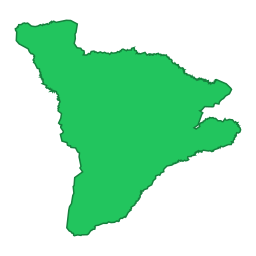 Chum Ta Bong, Nakhon Sawan, Thailand
{"feature_id": "78962969B50351990269412", "entity_name": "Chum Ta Bong", "entity_type": "district", "adm_level": 2, "iso_a3": "THA", "parent_name": "Thailand", "parent_adm1": "Nakhon Sawan", "projection": "mercator", "projection_center": [99.574, 15.665], "detail": "fine", "context": "isolated", "style": "filled", "palette": "green", "viewbox_px": 256, "rotation_deg": 0, "n_neighbors": 0, "source": "geoboundaries", "source_scale": "gbopen_adm2", "svg_char_len": 5700}
<svg xmlns="http://www.w3.org/2000/svg" viewBox="0 0 256 256"><path d="M190.0,75.2L186.8,74.7L186.9,73.9L186.4,73.6L184.5,73.6L183.9,72.4L184.4,72.1L183.9,71.5L184.4,71.5L183.9,70.5L184.6,69.9L183.3,69.8L182.9,69.1L183.5,69.4L183.4,68.5L182.6,67.9L180.5,68.1L179.4,67.0L178.9,67.5L178.5,65.6L178.2,66.0L177.5,65.4L177.7,64.7L176.1,64.7L174.9,63.1L174.7,63.7L173.2,63.4L171.6,61.3L172.0,60.3L170.9,59.3L169.6,59.2L169.3,58.3L168.8,58.5L168.7,57.8L168.1,57.6L168.5,57.2L166.9,56.6L166.4,55.0L164.5,55.3L163.9,54.8L163.1,55.5L162.0,54.8L161.1,55.5L160.7,54.3L158.9,54.4L158.4,53.4L156.5,53.8L156.2,54.5L154.4,53.9L153.6,54.0L153.4,54.8L152.4,54.4L152.3,54.9L151.0,54.2L150.9,54.7L149.6,55.1L149.6,54.0L149.1,53.9L147.0,55.1L145.0,52.4L140.3,53.9L139.1,53.4L138.8,53.9L137.2,53.5L137.3,52.8L136.6,53.1L136.9,52.6L136.2,50.7L134.6,50.4L134.3,48.5L133.5,48.1L133.8,47.7L131.6,48.4L131.3,50.0L127.5,50.2L127.3,49.8L126.4,50.7L123.0,49.1L121.7,49.6L121.0,50.9L120.3,50.7L119.5,52.1L117.6,51.6L116.5,52.7L112.8,53.2L111.4,52.5L109.7,54.4L108.5,53.3L106.4,53.3L104.6,52.3L102.6,53.0L100.3,51.9L97.7,53.0L96.1,52.0L94.8,52.1L94.8,51.5L93.9,51.1L91.2,51.5L90.0,54.0L88.7,53.5L86.6,55.1L83.3,54.8L84.3,53.2L84.0,50.9L81.8,50.0L80.8,48.3L77.1,47.8L74.2,43.5L75.3,38.7L75.0,34.1L76.0,32.3L77.3,24.0L70.7,20.5L66.3,20.3L56.1,22.4L53.7,21.2L51.6,22.6L51.5,21.5L49.5,22.9L49.6,23.5L49.0,24.0L47.8,24.4L47.3,23.7L44.1,24.8L43.1,24.3L42.5,25.5L40.4,24.7L37.7,26.1L35.2,26.6L31.4,26.1L27.7,23.1L25.5,23.5L24.7,23.0L22.9,23.3L21.3,24.6L18.7,24.7L18.1,27.0L17.5,26.8L16.6,28.4L15.4,28.6L15.5,30.0L16.7,32.0L16.3,40.6L19.1,43.9L28.2,48.8L29.4,51.7L31.2,53.8L32.3,53.6L34.4,55.6L34.5,56.4L33.9,56.6L34.3,57.9L33.1,60.0L34.2,60.9L33.6,62.4L34.9,63.4L37.3,68.3L39.4,68.9L39.7,71.9L40.5,72.1L40.7,73.1L40.1,74.1L40.9,74.6L40.3,75.2L41.1,75.2L41.2,76.4L40.4,76.9L41.3,77.0L41.1,77.5L42.4,78.5L41.8,78.9L42.7,79.4L42.4,79.8L43.1,80.0L42.9,81.4L43.5,82.9L42.3,83.6L46.7,85.5L45.9,87.2L47.0,88.2L47.9,87.8L49.5,89.4L50.2,88.6L50.7,89.5L51.7,89.3L52.0,90.3L50.8,91.2L52.4,91.0L52.8,92.0L53.7,90.6L54.6,91.0L54.8,91.9L55.3,91.2L56.4,91.6L57.0,93.9L58.1,94.5L58.5,95.9L57.6,96.8L59.0,97.9L57.3,99.0L58.2,100.3L59.4,99.7L60.0,101.8L59.0,103.8L59.2,104.9L58.1,106.1L58.1,106.9L59.0,107.4L58.0,108.7L58.4,109.4L58.1,110.8L61.5,113.6L60.8,118.3L58.6,123.1L60.3,124.7L61.6,124.7L61.6,125.9L60.8,126.4L60.7,127.5L63.1,131.0L63.3,132.1L62.3,133.4L60.4,134.3L62.0,141.1L67.0,142.6L67.5,145.2L69.3,146.0L70.5,145.8L70.9,147.4L75.6,147.9L77.7,151.9L79.5,153.0L79.1,156.9L81.0,166.3L80.0,168.0L82.6,171.9L74.7,177.6L74.1,185.6L73.2,186.5L73.9,193.2L72.8,195.5L71.5,203.7L69.5,206.8L68.8,210.2L66.8,227.8L69.2,230.9L71.2,231.9L71.8,233.0L73.4,233.4L73.7,235.3L74.3,235.7L77.7,234.9L81.0,235.4L81.7,234.8L87.2,234.7L88.5,233.9L90.7,230.6L91.8,230.4L92.3,229.5L94.8,229.1L95.1,227.4L94.6,226.8L95.7,225.6L98.4,225.2L103.2,223.3L106.9,223.3L108.6,221.9L111.1,222.6L114.4,222.3L117.0,220.9L118.2,221.5L119.2,221.0L119.4,219.4L120.9,218.2L122.2,218.4L124.5,216.8L125.0,217.2L125.4,216.6L125.8,216.9L128.2,212.4L130.3,210.5L130.1,210.0L130.9,210.0L130.7,209.4L131.4,208.7L131.1,207.3L134.8,204.8L135.2,203.3L135.9,203.2L136.2,201.2L137.5,201.0L139.1,199.0L138.7,198.4L139.8,197.8L140.2,196.8L139.9,195.4L141.2,194.0L140.8,193.2L141.6,193.1L140.9,192.0L141.8,191.9L141.5,191.3L141.9,191.5L142.2,190.8L143.3,191.0L144.1,189.6L147.3,188.6L148.0,186.7L151.7,184.8L153.3,180.6L155.6,178.6L155.6,176.4L156.1,175.7L158.8,174.8L159.8,175.2L160.9,172.9L163.8,171.7L163.5,170.0L164.2,168.7L167.1,165.9L171.6,165.1L173.0,164.4L173.2,163.4L174.5,163.6L175.2,162.8L175.5,163.3L177.1,162.6L177.8,161.3L178.6,161.8L178.8,160.3L180.1,160.8L180.8,160.3L180.9,161.1L182.2,160.7L182.9,161.2L184.7,160.2L185.6,160.8L187.4,160.4L188.7,159.6L187.6,158.1L187.9,156.6L191.1,156.5L191.4,155.8L194.2,155.2L194.1,154.7L194.8,154.8L194.3,154.3L195.2,154.7L195.1,153.5L196.0,152.9L195.4,152.4L197.8,151.1L197.6,151.8L198.6,151.2L198.8,152.1L199.7,151.0L200.6,151.0L200.4,151.5L201.4,152.1L202.0,151.9L202.0,151.0L203.3,150.2L208.7,151.0L210.0,150.6L211.8,151.6L212.7,151.3L212.6,150.6L213.5,150.9L214.1,149.7L218.2,148.4L218.2,147.5L219.6,147.3L220.0,147.9L220.8,146.3L223.0,146.8L228.2,144.6L231.2,144.5L232.0,142.6L232.8,142.5L232.0,141.8L233.0,141.8L233.7,139.5L234.5,139.1L234.2,138.0L235.5,136.7L235.1,135.5L236.2,135.6L236.0,134.9L236.7,132.7L238.3,133.0L239.9,132.0L240.6,129.8L240.0,127.8L238.3,126.4L238.9,126.0L238.0,125.8L238.3,124.7L236.8,124.2L237.7,122.7L236.5,122.9L235.6,121.8L234.7,122.6L232.5,119.9L229.2,119.4L226.9,120.3L225.5,119.8L225.0,118.8L223.1,121.6L222.1,121.7L220.8,120.7L218.0,120.8L215.6,118.4L213.8,118.4L213.0,117.6L211.3,117.9L209.6,117.5L209.1,118.5L207.8,118.5L207.3,119.3L205.7,118.9L204.9,120.7L203.3,121.2L202.8,122.5L201.3,122.6L200.3,123.3L199.3,124.8L199.8,126.5L196.1,129.0L194.0,127.8L198.0,124.9L201.8,114.3L202.8,112.9L199.8,110.8L201.5,110.2L204.7,106.6L213.0,106.8L213.8,106.1L214.0,104.4L215.3,103.3L218.9,104.0L219.6,101.6L221.7,99.5L223.5,98.5L225.5,96.0L229.4,93.8L231.5,89.5L230.7,88.2L226.3,83.9L216.4,79.6L215.6,79.7L216.0,80.4L215.4,80.7L215.0,80.2L215.2,81.0L214.4,81.0L214.2,81.7L214.9,82.0L214.1,83.3L211.7,82.4L212.5,83.2L211.6,83.1L211.0,83.8L210.9,83.3L210.0,83.4L210.1,82.8L208.8,83.4L209.0,82.6L208.1,82.8L208.5,82.5L207.8,82.0L208.2,81.9L208.3,80.6L205.6,81.2L205.8,80.3L204.6,80.8L204.9,79.8L204.4,80.0L203.7,79.0L203.8,79.6L203.1,79.2L203.0,79.9L202.5,79.2L201.4,79.4L201.3,78.6L200.2,79.1L200.4,78.6L199.4,78.1L198.2,78.8L198.4,79.7L197.0,80.2L196.8,79.3L196.0,79.5L195.8,78.7L194.1,78.5L194.6,78.0L194.2,77.3L192.4,77.0L192.0,75.9L191.2,77.0L190.0,75.2Z" fill="#22c55e" stroke="#15803d" stroke-width="1.5"/></svg>